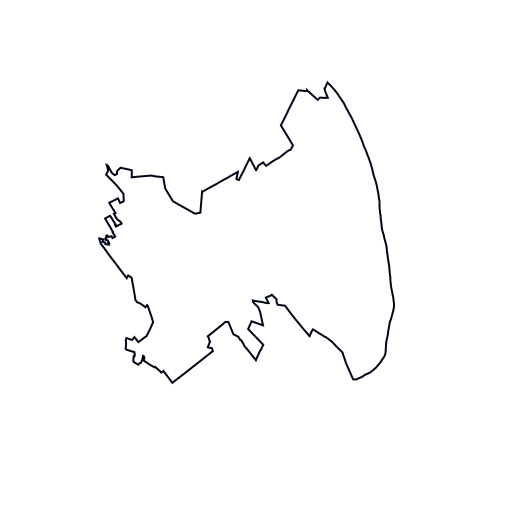 the district of Jumpravas pag., Lielvardes, Latvia, rotated 234°
{"feature_id": "27541924B27221718879632", "entity_name": "Jumpravas pag.", "entity_type": "district", "adm_level": 2, "iso_a3": "LVA", "parent_name": "Latvia", "parent_adm1": "Lielvardes", "projection": "natural_earth1", "projection_center": [24.983, 56.676], "detail": "fine", "context": "isolated", "style": "outline", "palette": "ink", "viewbox_px": 512, "rotation_deg": 234, "n_neighbors": 0, "source": "geoboundaries", "source_scale": "gbopen_adm2", "svg_char_len": 5990}
<svg xmlns="http://www.w3.org/2000/svg" viewBox="0 0 512 512"><g transform="rotate(234 256 256)"><path d="M99.2,262.1L97.3,264.3L97.1,265.0L97.1,265.5L96.6,267.3L96.4,268.4L96.0,270.4L95.8,271.7L95.9,273.2L95.6,275.5L95.4,276.0L95.1,277.4L95.0,278.6L94.7,279.9L94.7,280.9L94.8,282.1L94.8,283.3L95.2,287.6L95.5,288.8L95.8,289.8L96.0,290.9L96.7,293.8L99.0,299.9L99.5,301.2L100.1,302.2L101.1,303.4L103.8,305.8L105.4,307.1L106.8,308.3L108.1,309.3L109.8,310.8L110.6,311.6L115.4,317.0L116.6,318.0L120.4,321.8L123.4,325.0L124.2,325.8L125.0,327.2L126.3,329.0L127.3,330.1L128.5,331.8L129.4,332.7L130.3,334.0L131.4,335.3L132.8,336.6L133.1,337.1L133.7,337.6L134.2,338.1L135.6,339.1L137.4,340.2L139.8,341.5L142.2,342.9L144.2,343.7L148.0,345.5L149.9,346.3L152.2,347.5L156.6,350.0L158.8,351.4L159.6,352.1L161.1,352.8L164.1,354.5L165.0,355.1L166.4,355.8L168.2,357.0L170.1,358.1L174.3,360.2L176.1,361.1L180.0,363.3L182.1,364.3L185.2,366.2L187.7,367.5L189.4,368.2L195.7,370.6L196.8,371.2L198.7,371.9L202.1,373.1L204.1,373.9L206.0,375.0L208.3,376.4L210.3,377.5L212.4,378.6L213.9,379.5L215.2,380.5L216.8,381.1L218.5,382.1L220.0,382.9L222.1,384.2L223.9,385.3L225.3,386.4L226.6,387.3L228.2,388.3L229.5,389.0L231.0,389.7L232.8,390.6L234.0,391.4L236.2,392.4L238.5,393.4L240.8,394.6L243.0,395.5L244.7,396.2L246.4,396.8L251.5,398.4L255.7,400.1L258.1,401.2L260.6,402.0L262.6,402.8L265.0,403.6L270.5,405.2L272.6,405.6L274.2,406.2L276.4,406.8L278.3,407.2L280.5,407.6L282.3,408.1L284.4,408.8L287.0,409.5L293.1,411.0L299.7,412.3L311.1,414.5L314.2,414.9L316.7,415.2L320.0,415.7L322.4,415.9L325.3,416.4L327.8,416.9L330.9,417.0L333.7,417.1L336.2,417.1L338.4,417.3L344.0,417.2L346.6,416.9L349.5,416.6L354.4,415.8L351.3,410.7L351.4,409.9L350.3,409.5L348.4,408.7L346.8,408.3L341.8,407.1L343.6,404.4L346.5,400.9L346.0,397.7L355.5,395.7L360.2,394.8L359.3,394.3L360.2,393.3L362.0,391.2L365.2,387.6L362.9,383.2L362.1,381.6L359.5,376.8L357.8,373.4L355.2,368.3L353.7,365.8L351.8,362.1L350.4,359.4L348.5,355.7L347.1,352.9L336.0,352.0L323.7,350.9L321.5,346.3L322.1,345.1L322.3,343.3L322.3,343.0L322.2,339.7L321.9,334.4L321.9,333.5L322.8,326.0L322.9,319.8L323.0,317.1L327.2,316.8L327.5,316.8L327.6,314.9L327.8,311.4L327.7,310.9L326.1,308.2L325.3,306.6L325.5,306.4L325.9,306.5L338.1,308.4L338.8,308.4L337.5,306.0L333.6,298.5L333.5,298.2L332.9,297.4L327.5,286.7L329.8,285.4L334.2,290.3L334.7,290.8L335.8,281.9L335.8,281.0L335.8,280.6L336.7,274.0L337.3,268.7L337.7,264.4L337.8,264.3L338.0,263.0L338.1,262.7L338.1,262.3L338.0,262.1L338.5,259.8L338.3,259.8L338.7,256.9L339.1,254.0L339.4,250.4L339.8,250.3L330.9,242.6L323.8,236.5L324.4,235.1L326.2,231.4L332.5,228.6L335.7,227.1L343.4,223.5L345.8,222.5L349.0,221.0L362.8,222.1L364.1,222.3L374.3,227.3L379.1,221.9L382.8,218.3L388.8,208.4L392.7,201.7L398.4,205.9L402.1,202.7L407.0,198.3L406.5,193.9L406.3,193.5L404.0,191.6L404.5,189.2L408.1,188.2L415.9,189.3L417.3,188.7L415.3,187.9L414.2,187.5L412.2,186.7L411.3,185.2L411.1,184.8L410.0,182.6L402.7,183.6L402.4,183.8L396.2,184.6L394.8,184.8L393.7,184.9L389.0,185.1L387.9,185.2L387.4,185.2L384.0,185.3L382.7,184.2L379.7,182.4L378.0,181.1L378.8,177.2L383.7,178.2L385.1,169.8L385.3,168.5L376.6,167.8L373.3,167.5L373.6,165.8L367.1,165.2L363.3,166.5L361.2,166.3L362.0,160.8L362.0,160.1L363.8,160.2L363.6,160.9L374.3,161.6L374.6,159.2L374.8,157.9L374.9,157.3L375.1,156.0L375.1,155.9L366.0,155.1L363.0,154.9L362.6,154.6L359.4,154.4L359.3,153.9L354.5,153.5L354.9,150.4L356.9,150.7L358.2,147.8L360.2,147.7L360.5,146.8L358.2,145.2L358.7,144.6L357.5,143.8L355.8,145.2L352.6,144.7L353.1,143.9L351.8,143.5L353.5,141.7L354.1,141.1L355.6,141.9L357.7,140.0L359.2,142.2L362.2,139.5L362.3,139.6L362.4,139.4L357.6,137.8L357.1,137.6L351.3,137.8L343.6,137.7L329.6,138.1L324.5,138.1L314.1,138.4L314.9,139.8L315.4,141.2L314.9,141.3L314.7,141.3L313.0,142.2L312.7,142.3L311.4,142.5L311.2,142.4L309.5,141.7L308.9,141.3L303.6,138.8L294.3,134.2L293.3,133.6L292.9,133.3L290.9,132.6L288.4,132.7L286.3,134.1L283.2,135.3L279.5,136.4L280.3,139.0L279.2,139.1L278.9,139.0L270.5,136.4L269.9,136.3L262.9,133.9L261.7,131.7L259.3,127.7L257.8,124.8L255.6,120.5L255.5,120.1L255.6,119.3L255.5,110.2L261.8,110.0L260.9,106.4L264.1,104.1L265.8,102.9L265.1,101.8L265.0,101.6L262.9,100.3L262.5,100.0L262.0,99.7L261.1,99.1L259.8,98.0L258.3,96.6L257.6,96.2L257.0,95.9L256.2,96.3L255.9,96.5L255.2,97.0L251.5,99.7L251.0,100.2L249.7,101.1L247.0,99.7L246.3,98.7L246.8,98.3L246.0,97.4L243.6,95.3L242.3,94.7L237.2,96.9L237.4,97.7L237.7,98.5L237.2,100.0L239.0,103.1L241.6,105.9L240.6,106.3L238.5,105.4L238.5,104.9L238.2,103.4L234.1,104.9L230.8,106.1L229.6,106.6L225.8,108.4L225.2,108.8L225.4,109.3L219.6,110.6L217.4,110.8L217.2,113.2L217.3,113.2L217.4,113.5L202.6,113.8L203.1,131.7L203.2,136.0L203.3,136.0L203.8,149.6L204.2,158.8L204.4,165.2L207.2,166.0L207.3,166.1L210.4,163.3L210.6,163.4L213.3,167.7L213.5,168.1L213.6,168.4L214.0,168.3L214.3,168.4L216.8,169.3L218.7,169.9L219.4,169.8L219.6,175.0L219.8,179.3L220.0,182.3L220.2,187.1L220.2,187.4L220.7,192.2L218.9,194.9L216.1,194.2L208.4,192.3L206.1,191.7L205.7,191.8L203.7,192.9L201.2,194.1L200.6,194.2L197.4,193.9L196.2,194.6L191.7,194.0L191.4,194.0L190.1,193.7L187.6,193.9L184.7,194.1L180.9,194.3L179.1,194.4L177.6,194.4L175.8,194.5L174.2,194.6L172.4,194.7L171.8,194.7L172.2,195.3L174.9,200.0L176.8,203.4L177.0,203.8L177.0,204.1L177.0,204.5L178.5,207.1L179.9,209.7L201.5,206.7L205.8,214.0L200.6,217.6L195.8,220.9L208.4,226.5L213.2,227.6L213.3,227.7L220.0,226.5L220.3,226.6L221.8,227.3L221.2,227.8L213.9,235.1L212.6,236.0L211.6,237.0L210.5,238.5L216.6,239.6L215.3,244.6L215.3,246.1L208.8,247.2L207.4,246.0L206.1,245.4L203.9,244.8L198.7,250.3L190.1,250.4L181.5,250.7L168.6,251.5L161.3,252.1L160.7,252.1L159.9,252.1L159.6,252.2L161.7,255.6L162.1,256.5L162.5,257.2L163.1,258.6L163.2,258.9L150.4,264.1L149.7,264.4L149.3,264.8L141.9,267.1L135.5,267.9L132.3,268.4L127.1,269.3L127.0,269.2L126.8,269.1L126.0,268.8L121.9,267.6L121.0,267.3L120.8,267.2L118.6,266.6L116.8,265.9L115.8,265.7L99.2,262.1Z" fill="none" stroke="#020617" stroke-width="2"/></g></svg>